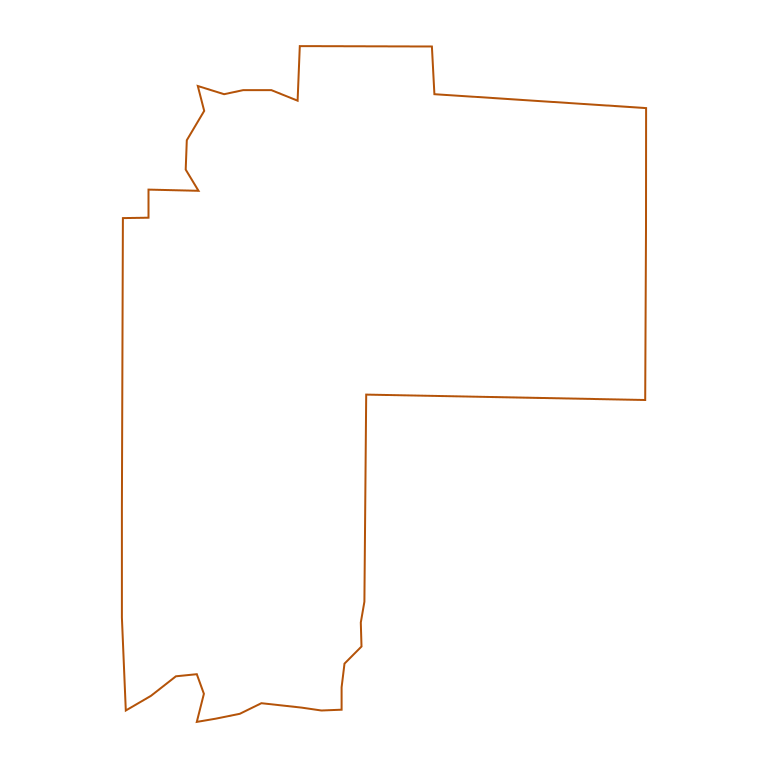 the district of Westfália, Rio Grande do Sul, Brazil
{"feature_id": "56859067B19454431419247", "entity_name": "Westfália", "entity_type": "district", "adm_level": 2, "iso_a3": "BRA", "parent_name": "Brazil", "parent_adm1": "Rio Grande do Sul", "projection": "orthographic", "projection_center": [-51.754, -29.413], "detail": "fine", "context": "isolated", "style": "outline", "palette": "amber", "viewbox_px": 768, "rotation_deg": 0, "n_neighbors": 0, "source": "geoboundaries", "source_scale": "gbopen_adm2", "svg_char_len": 599}
<svg xmlns="http://www.w3.org/2000/svg" viewBox="0 0 768 768"><path d="M431.9,46.5L299.8,46.1L297.6,100.7L271.3,90.1L243.3,90.1L224.1,94.2L197.8,86.0L204.2,110.9L186.8,140.2L185.7,169.6L198.5,190.8L148.5,189.6L148.5,217.7L122.9,218.1L121.9,507.5L121.9,594.3L121.9,617.6L125.8,710.5L151.0,695.8L175.9,676.3L196.8,674.2L203.9,693.8L196.8,721.9L215.6,718.7L239.8,713.8L261.4,703.2L301.5,707.6L321.4,710.5L341.6,709.7L341.6,687.3L344.5,663.6L361.5,646.5L360.8,622.5L364.4,601.7L366.2,394.6L645.2,400.0L646.0,228.4L646.1,108.1L434.4,94.2L431.9,46.5Z" fill="none" stroke="#b45309" stroke-width="2"/></svg>